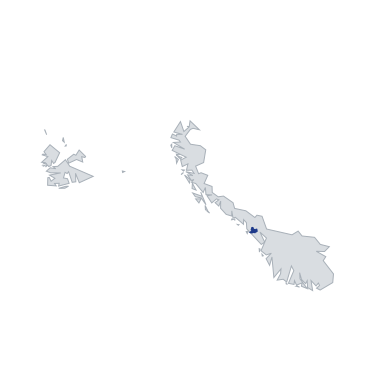 location of Namsos nor, Nord-Trøndelag, Norway, rotated 283°
{"feature_id": "86288312B29222354807484", "entity_name": "Namsos nor", "entity_type": "district", "adm_level": 2, "iso_a3": "NOR", "parent_name": "Norway", "parent_adm1": "Nord-Trøndelag", "projection": "orthographic", "projection_center": [11.404, 64.444], "detail": "fine", "context": "in_parent", "style": "filled", "palette": "blue", "viewbox_px": 384, "rotation_deg": 283, "n_neighbors": 0, "source": "geoboundaries", "source_scale": "gbopen_adm2", "svg_char_len": 6377}
<svg xmlns="http://www.w3.org/2000/svg" viewBox="0 0 384 384"><g transform="rotate(283 192 192)"><path d="M218.0,189.7L211.3,194.3L212.8,196.5L211.8,203.6L203.0,201.9L201.9,210.3L196.1,211.8L193.2,218.6L195.1,223.6L190.8,234.4L185.6,237.2L185.8,248.7L181.3,259.0L184.0,260.5L184.1,265.7L172.7,273.0L172.8,299.1L177.8,304.2L173.9,309.1L175.4,321.6L169.8,328.8L169.6,338.1L163.8,334.5L162.2,326.4L159.1,336.9L154.6,335.3L144.0,348.3L135.4,349.5L125.3,338.9L126.3,335.0L129.6,337.3L131.7,335.6L128.4,334.0L132.5,327.9L123.1,331.7L124.9,326.1L131.5,324.2L128.2,323.3L131.4,318.4L137.6,315.0L131.6,316.8L123.8,326.0L124.8,319.8L128.2,319.7L124.8,314.8L128.6,311.8L124.9,312.2L124.7,306.5L138.3,308.9L142.3,305.5L125.6,304.5L127.5,300.5L125.3,294.8L132.3,296.7L137.1,296.0L127.1,291.0L146.7,284.5L138.0,284.1L143.7,279.2L150.2,283.1L147.4,278.5L150.3,272.5L163.9,274.9L168.2,267.3L159.5,274.1L156.5,271.3L168.4,253.7L174.4,251.9L176.7,248.5L172.1,249.5L177.1,239.9L175.7,237.9L182.6,235.0L177.5,236.1L177.9,230.3L182.6,223.5L189.6,222.0L184.3,221.3L186.8,216.9L190.4,219.9L190.8,217.4L185.8,213.7L191.7,207.5L193.7,212.2L192.6,206.2L199.4,204.0L194.0,203.0L201.1,193.7L201.4,189.2L204.6,191.0L203.1,188.8L207.7,183.8L208.2,189.1L210.4,181.4L210.6,189.9L213.3,187.0L211.9,181.7L218.5,181.7L214.6,176.8L220.5,173.8L224.6,178.5L228.1,163.3L233.2,164.9L232.1,175.2L236.1,162.8L238.1,169.5L239.6,167.7L240.2,159.2L244.1,159.9L243.1,164.4L244.7,164.1L246.0,169.8L246.4,160.8L258.0,164.9L249.1,170.5L254.8,174.6L260.9,174.1L254.3,185.2L254.3,178.7L252.6,176.3L244.7,172.8L238.2,179.8L239.0,189.7L236.2,195.9L223.3,196.7L218.0,189.7ZM179.5,45.4L183.7,48.4L184.0,54.0L185.5,50.9L186.8,55.4L195.0,61.4L189.6,67.1L185.0,92.2L175.7,80.1L184.0,74.3L175.8,76.5L174.5,73.1L184.0,67.2L181.9,66.2L182.6,63.9L176.8,63.6L176.9,67.7L172.8,70.3L167.8,60.7L170.6,60.6L169.4,56.1L167.4,58.3L166.1,49.8L173.5,48.3L174.1,49.6L170.8,52.3L174.5,55.3L176.4,49.4L181.1,59.8L178.9,50.1L179.5,45.4ZM187.1,38.8L194.0,43.6L194.5,37.7L195.4,38.2L195.6,41.5L198.0,38.7L206.1,43.0L200.5,54.2L190.0,51.9L188.7,50.7L191.1,48.2L186.0,48.7L184.6,46.6L185.8,45.0L183.4,43.8L186.9,43.8L186.1,41.0L187.6,42.2L187.1,38.8ZM195.9,63.2L202.2,68.3L201.7,70.6L207.5,72.6L202.7,80.3L201.5,79.9L201.6,76.6L196.6,78.8L197.7,72.2L192.4,65.4L195.9,63.2ZM190.1,202.9L193.9,200.5L182.7,208.5L188.3,202.3L188.2,196.3L191.2,192.9L190.1,202.9ZM195.4,191.3L200.6,190.4L194.8,195.5L195.4,191.3ZM200.2,187.5L206.9,180.9L203.7,187.4L200.2,187.5ZM165.6,61.3L169.1,67.6L169.9,70.4L167.1,67.3L165.6,61.3ZM186.1,197.1L187.3,202.3L182.9,201.2L186.1,197.1ZM222.7,167.1L220.7,171.4L216.6,170.5L220.9,169.0L222.7,167.1ZM223.7,169.7L223.4,174.3L221.5,173.4L223.7,169.7ZM177.7,209.1L181.9,207.8L177.4,211.4L177.7,209.1ZM219.3,34.8L215.1,37.5L219.3,34.5L219.3,34.8ZM212.9,54.3L216.2,54.3L211.8,56.3L212.9,54.3ZM230.4,162.4L232.9,160.8L234.0,161.5L230.4,162.4ZM225.4,168.2L225.3,170.7L224.1,168.8L225.4,168.2ZM211.4,177.3L211.7,179.7L210.5,179.0L211.4,177.3ZM196.8,119.4L196.8,121.7L195.4,120.0L196.8,119.4ZM210.1,58.9L208.5,59.0L208.2,58.1L210.1,58.9ZM165.6,253.7L166.5,255.6L163.9,255.2L165.6,253.7ZM206.4,177.5L208.0,178.2L209.0,179.4L206.4,177.5ZM184.0,40.8L184.7,42.3L183.8,41.8L184.0,40.8ZM151.7,271.2L148.6,271.2L151.9,270.2L151.7,271.2ZM147.1,274.2L145.9,275.8L145.4,274.9L147.1,274.2ZM176.8,212.0L175.4,213.9L176.8,210.7L176.8,212.0ZM124.1,315.6L123.5,318.2L123.6,314.7L124.1,315.6ZM174.5,238.4L173.8,236.8L174.7,236.9L174.5,238.4ZM254.8,172.3L255.1,174.2L254.9,173.9L254.8,172.3ZM175.4,239.8L173.7,240.2L175.7,239.5L175.4,239.8ZM170.6,243.5L170.7,245.1L170.0,244.6L170.6,243.5ZM124.3,304.2L123.4,305.8L123.7,304.4L124.3,304.2Z" fill="#d9dde1" stroke="#a8b0b8" stroke-width="1"/><path d="M168.3,259.1L168.5,259.4L168.6,259.5L168.6,259.4L168.6,259.5L168.8,259.5L168.8,259.4L169.0,259.2L169.0,258.9L168.8,259.0L168.7,259.0L168.9,258.9L169.0,258.7L169.1,258.8L169.2,259.0L169.1,259.3L169.3,259.2L169.4,259.3L169.5,259.1L169.8,259.1L170.0,259.1L169.8,259.2L169.7,259.2L169.6,259.3L169.4,259.4L169.2,259.4L169.0,259.7L168.8,259.8L168.7,259.9L168.8,259.8L168.7,259.8L168.8,259.8L168.9,259.7L168.7,259.5L168.5,259.8L168.4,259.8L168.5,259.9L168.4,260.0L168.5,260.0L168.6,259.9L168.6,260.0L168.4,260.1L168.2,260.1L168.1,260.3L168.1,260.5L168.1,260.8L168.1,261.0L168.4,260.8L168.5,260.9L168.5,261.0L168.4,261.1L168.4,261.3L168.2,261.2L168.2,261.3L168.1,261.2L168.0,261.3L167.9,261.3L167.9,261.1L167.7,261.3L167.8,261.3L167.7,261.4L167.6,261.5L167.8,261.7L167.8,261.8L167.7,261.7L167.8,261.8L167.7,261.9L167.8,261.9L167.9,262.0L167.8,262.3L167.6,262.2L167.8,262.1L167.8,261.9L167.7,261.9L167.4,261.9L167.5,261.9L167.5,262.0L167.4,262.1L167.5,262.1L167.4,262.1L167.2,262.3L167.1,262.5L167.3,262.6L167.3,262.8L167.4,263.2L167.6,263.3L167.8,263.3L168.1,263.5L168.2,263.3L168.2,263.5L168.5,263.8L168.5,264.0L169.4,263.8L170.0,263.4L169.4,262.9L169.4,262.6L169.4,261.9L169.5,261.8L169.4,261.6L169.3,261.2L169.2,261.0L169.3,260.7L169.2,260.6L169.2,260.4L169.2,260.2L169.3,260.1L169.5,259.9L169.7,259.6L169.8,259.7L169.8,259.8L170.1,259.7L170.4,259.7L170.8,259.4L170.9,259.1L170.7,258.5L170.2,258.5L169.3,258.4L168.8,258.4L168.7,258.5L168.4,258.9L168.3,259.1ZM166.1,258.2L166.0,258.3L165.9,258.2L165.9,258.3L165.9,258.5L165.7,258.5L165.7,258.8L165.7,259.0L165.8,259.1L166.1,259.2L166.7,259.1L166.8,259.1L166.9,259.3L166.7,259.4L166.8,259.4L166.7,259.3L166.6,259.1L166.5,259.3L166.4,259.3L166.3,259.5L166.3,259.8L166.4,260.0L166.5,260.1L166.4,260.1L166.5,260.1L166.7,260.3L166.7,260.2L167.0,260.1L167.2,260.3L167.3,260.5L167.5,260.6L167.8,260.5L167.9,260.8L168.0,260.7L168.2,260.1L168.1,259.9L167.9,259.8L167.7,259.7L167.6,259.8L167.6,259.7L167.5,259.8L167.4,259.8L167.2,259.8L167.1,259.7L167.1,259.4L167.2,259.2L167.0,258.9L166.9,258.8L167.0,258.8L166.9,258.8L166.9,258.7L166.7,258.7L166.9,258.8L166.4,258.7L166.3,258.4L166.2,258.4L166.1,258.2ZM167.8,259.1L167.7,259.1L167.5,259.3L167.5,259.5L168.1,259.8L168.1,259.7L168.3,259.7L168.5,259.5L168.4,259.5L168.3,259.4L168.3,259.2L168.2,259.3L167.9,259.2L167.8,259.1ZM167.3,261.9L167.4,261.6L167.5,261.4L166.9,261.6L167.0,261.9L167.3,261.9L167.3,261.9ZM166.9,260.5L166.7,260.5L166.7,260.8L166.8,260.8L166.7,260.8L166.8,260.9L166.7,260.8L166.7,261.0L166.7,260.9L166.7,261.0L166.8,260.9L166.8,261.0L166.9,260.9L167.1,260.8L167.2,260.7L166.9,260.5L166.9,260.5Z" fill="#3b82f6" stroke="#1e3a8a" stroke-width="1.5"/></g></svg>